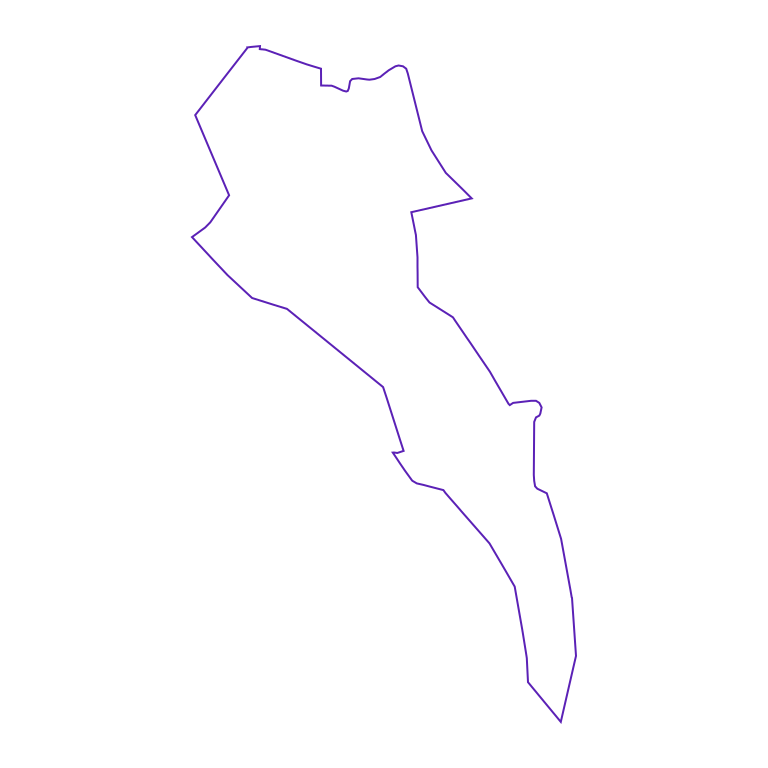 outline of Qatabir, Sa`dah, Yemen
{"feature_id": "15242507B9763756756493", "entity_name": "Qatabir", "entity_type": "district", "adm_level": 2, "iso_a3": "YEM", "parent_name": "Yemen", "parent_adm1": "Sa`dah", "projection": "equal_earth", "projection_center": [43.344, 17.33], "detail": "fine", "context": "isolated", "style": "outline", "palette": "violet", "viewbox_px": 768, "rotation_deg": 0, "n_neighbors": 0, "source": "geoboundaries", "source_scale": "gbopen_adm2", "svg_char_len": 1748}
<svg xmlns="http://www.w3.org/2000/svg" viewBox="0 0 768 768"><path d="M572.0,597.8L571.7,597.3L570.5,590.3L561.1,538.9L553.3,513.8L551.6,508.5L546.8,493.3L537.3,488.7L535.1,486.3L534.2,480.9L533.8,475.0L534.2,421.9L536.0,417.4L539.3,415.6L540.3,413.6L541.6,407.4L539.3,402.9L536.0,400.8L531.1,400.8L513.1,402.9L509.8,405.1L508.5,403.8L495.1,380.8L489.9,371.7L479.2,356.0L473.8,348.0L470.5,343.1L466.4,337.2L465.4,335.7L459.6,327.2L455.1,320.6L453.0,317.4L452.6,317.1L429.5,302.5L426.6,298.9L424.8,296.6L417.7,287.2L417.6,272.5L417.5,266.4L417.5,265.0L417.5,257.4L415.9,234.8L415.8,234.5L415.0,230.6L413.9,225.0L411.3,212.2L471.7,198.4L462.4,189.1L445.8,172.9L431.5,150.4L422.2,131.2L407.8,73.5L406.2,68.7L403.0,66.3L398.6,65.5L395.4,66.3L388.7,70.3L383.9,74.0L380.2,77.0L374.6,79.0L369.5,79.7L367.1,79.5L358.5,78.3L352.2,79.0L350.1,81.2L348.8,88.5L347.7,91.0L346.2,91.5L343.1,90.7L334.4,86.7L331.6,85.7L321.1,85.5L321.0,68.7L314.3,66.7L306.5,64.3L305.1,63.8L295.9,60.6L265.5,49.7L261.8,49.3L261.4,49.3L259.8,49.1L260.0,46.1L251.6,46.9L247.5,47.4L247.6,47.6L223.1,79.1L195.2,115.1L229.1,195.3L210.3,222.3L205.2,227.5L192.0,237.1L213.0,259.7L227.6,275.2L252.1,298.0L274.0,304.9L287.0,308.9L319.1,335.0L383.1,387.1L386.7,398.0L399.9,439.4L403.6,450.9L397.2,453.0L396.3,452.8L393.9,452.5L392.8,452.6L395.7,456.9L399.0,461.9L400.4,464.0L404.9,470.6L405.0,470.7L405.4,471.3L412.0,480.4L412.4,480.8L416.8,483.4L423.4,484.9L429.4,486.5L443.4,490.1L445.4,492.9L449.9,498.1L460.4,510.1L460.5,510.3L487.5,541.1L489.5,543.4L503.1,566.6L508.1,575.2L510.8,579.9L514.7,586.6L522.3,629.9L522.5,631.3L522.6,631.7L525.7,651.0L526.5,656.1L526.6,656.8L526.8,658.1L528.0,682.2L560.8,721.9L576.0,655.9L572.0,597.8Z" fill="none" stroke="#5b21b6" stroke-width="2"/></svg>